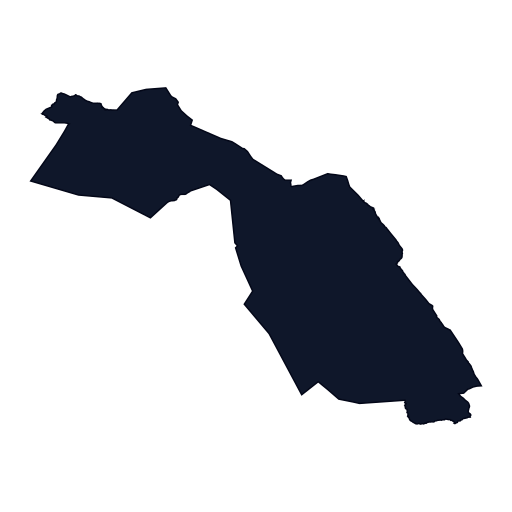 Stor-Elvdal nor, Hedmark, Norway
{"feature_id": "86288312B62333254933331", "entity_name": "Stor-Elvdal nor", "entity_type": "district", "adm_level": 2, "iso_a3": "NOR", "parent_name": "Norway", "parent_adm1": "Hedmark", "projection": "natural_earth1", "projection_center": [11.012, 61.582], "detail": "fine", "context": "isolated", "style": "filled", "palette": "ink", "viewbox_px": 512, "rotation_deg": 0, "n_neighbors": 0, "source": "geoboundaries", "source_scale": "gbopen_adm2", "svg_char_len": 5892}
<svg xmlns="http://www.w3.org/2000/svg" viewBox="0 0 512 512"><path d="M450.1,330.0L449.4,329.8L448.4,329.2L445.0,327.6L443.8,326.6L442.4,324.3L441.8,323.6L441.3,322.9L441.2,322.5L440.2,321.6L439.1,319.4L437.6,318.1L436.4,317.2L436.8,316.0L432.8,309.7L432.6,309.2L432.5,308.7L432.5,307.7L432.7,306.1L432.0,305.4L428.9,303.6L426.0,299.9L421.0,294.3L420.7,293.5L419.8,292.8L417.4,289.9L412.3,284.5L405.2,275.3L405.0,274.4L404.2,273.8L403.7,272.9L403.1,272.4L402.5,270.8L400.5,268.5L400.4,268.2L400.0,267.7L399.9,267.0L398.7,266.5L398.0,266.4L397.6,266.2L396.8,264.7L396.1,264.0L396.5,263.7L397.5,262.8L397.6,262.1L397.4,261.8L397.5,261.6L398.2,261.4L398.9,261.0L400.2,259.1L401.0,258.6L401.6,257.9L402.0,257.0L402.1,255.2L402.0,254.6L402.4,253.6L402.1,252.4L402.1,251.4L402.2,251.0L402.4,250.6L402.5,250.3L402.4,249.6L402.0,248.7L399.3,245.4L398.7,244.2L398.0,242.7L396.4,240.8L396.1,240.1L390.6,233.4L388.7,231.0L388.4,230.5L387.3,229.3L386.5,228.1L386.0,227.5L384.6,226.7L384.4,225.9L383.9,225.3L383.7,225.2L383.1,224.5L381.2,222.9L380.2,221.3L379.9,220.3L379.4,219.7L379.3,218.9L379.1,218.5L378.5,217.7L378.4,217.3L378.2,217.3L377.8,217.5L377.8,217.8L375.6,214.0L375.4,213.4L375.1,211.9L374.1,210.3L373.9,209.7L373.4,209.5L373.8,209.2L373.2,209.0L372.8,208.3L373.3,208.0L373.0,207.8L372.4,207.9L372.2,207.8L372.1,207.5L371.9,207.3L370.5,206.9L369.1,205.7L368.3,205.3L367.6,204.3L367.0,204.0L366.9,203.7L366.6,203.6L366.2,203.2L364.8,202.7L364.6,202.4L363.7,201.8L363.8,201.6L363.2,201.2L363.3,201.0L363.1,201.1L363.3,200.9L363.1,200.8L362.8,200.8L358.2,195.4L349.7,187.0L348.8,184.6L347.6,180.5L346.2,176.6L343.7,176.0L335.1,174.7L330.4,174.2L327.7,173.7L313.5,179.3L310.7,180.1L307.7,181.8L303.9,184.4L302.1,185.4L297.8,185.5L291.4,186.6L291.0,186.3L290.9,185.9L290.8,184.4L290.5,182.8L290.5,182.3L291.1,180.2L285.1,180.2L283.5,179.0L282.2,177.4L281.2,175.8L276.9,174.2L252.8,159.3L250.4,156.1L247.5,151.6L244.2,148.7L242.5,148.5L235.3,143.8L232.0,141.8L220.6,138.4L190.5,125.3L192.2,120.1L186.9,116.0L181.2,110.8L177.4,104.7L178.2,102.2L175.7,98.8L172.1,97.0L170.7,95.7L165.8,87.9L146.2,89.4L131.9,92.8L117.0,110.1L111.5,110.0L111.0,109.8L109.5,110.0L109.2,109.9L108.9,110.0L108.4,110.0L107.8,109.6L106.6,109.3L106.2,109.5L106.3,109.5L106.1,109.7L105.9,109.6L106.0,109.8L105.1,109.9L104.9,109.4L105.0,109.1L104.7,109.0L104.7,108.8L104.0,108.6L103.8,108.2L103.5,108.1L103.3,107.7L102.9,107.8L102.1,107.4L102.4,106.9L102.2,106.6L101.8,106.6L101.9,106.3L101.7,105.9L101.3,105.3L101.4,105.1L101.0,104.4L101.1,104.0L100.8,103.7L99.9,103.4L99.2,103.3L98.5,103.4L97.9,103.2L95.7,103.3L93.2,103.3L90.6,102.4L89.4,101.8L86.9,101.1L84.9,100.0L83.9,99.2L83.2,98.8L81.3,97.1L80.3,96.8L79.0,96.0L77.2,95.9L76.2,95.0L75.5,94.8L74.7,95.7L73.7,96.0L73.1,96.3L72.0,96.3L70.6,96.8L70.0,96.8L66.0,94.8L64.0,93.9L62.9,93.7L61.2,93.0L60.6,93.1L60.3,93.3L59.7,93.9L58.1,94.3L57.8,94.6L57.4,95.4L57.4,95.9L57.3,96.4L57.2,98.2L56.6,99.6L56.5,100.8L56.1,102.0L55.9,102.3L54.7,102.9L54.2,103.9L53.0,104.1L52.6,104.8L51.6,105.3L51.8,105.8L51.7,106.3L51.9,106.5L51.8,106.9L46.1,109.3L44.0,111.1L42.5,113.0L43.1,113.4L43.2,113.6L42.1,113.9L42.7,114.3L43.9,114.5L45.3,115.6L47.1,116.2L47.2,116.4L47.2,116.6L46.5,116.8L46.1,117.1L47.0,117.5L47.2,117.8L47.9,118.2L48.8,118.4L48.9,118.6L48.9,118.8L49.2,119.0L49.6,119.5L49.8,119.9L50.3,119.9L52.8,120.8L53.4,121.2L54.8,122.5L55.6,122.8L64.6,122.8L67.7,123.3L69.2,123.9L68.2,124.6L64.7,131.0L56.2,144.9L30.7,181.0L78.5,195.0L111.8,197.9L150.4,217.8L167.3,202.4L167.6,202.3L168.4,201.7L169.6,201.2L171.5,200.7L172.9,200.7L174.6,200.5L175.2,200.1L176.4,199.7L176.8,199.0L177.0,198.0L178.1,197.2L179.3,195.0L179.6,194.8L181.5,194.3L184.9,194.3L185.8,194.1L186.4,193.6L187.0,193.2L187.2,192.9L187.7,192.7L189.7,191.6L190.2,191.0L190.5,190.9L209.5,184.5L216.7,189.3L230.5,200.3L234.9,242.8L237.6,245.9L235.6,247.8L241.2,266.0L252.7,291.1L244.3,304.2L269.1,333.6L301.7,394.7L318.2,381.7L327.6,389.4L338.8,399.1L353.3,402.0L359.5,403.4L405.0,400.2L405.3,401.0L405.1,402.2L404.7,402.4L404.8,402.7L405.2,403.1L406.1,403.6L406.0,403.9L405.3,404.5L405.2,405.1L404.9,405.3L405.2,405.6L405.0,405.9L405.2,406.3L405.2,406.6L405.6,406.9L405.3,407.8L405.7,408.6L407.4,409.6L407.1,410.7L407.4,412.0L407.0,412.4L407.1,412.7L407.5,412.9L408.0,413.4L408.1,413.9L407.9,414.7L408.2,415.3L407.8,415.7L407.6,416.2L407.9,416.5L408.4,416.7L408.3,417.0L408.4,417.3L409.1,417.6L409.1,418.1L409.3,418.5L409.7,419.7L410.6,420.7L412.0,421.4L413.4,422.5L414.4,422.8L414.9,423.3L415.8,423.6L415.9,423.8L417.2,423.9L418.9,423.4L419.4,423.8L420.2,423.8L420.7,424.1L422.1,423.6L423.8,423.9L424.8,423.2L425.2,423.1L425.7,423.3L426.3,423.2L427.1,422.4L427.7,422.4L428.2,422.1L429.1,422.1L430.0,421.7L430.4,422.0L431.7,421.8L433.7,421.9L434.2,421.7L435.0,420.9L436.3,420.8L437.7,420.3L439.0,420.2L440.2,420.0L441.5,420.2L442.8,419.7L444.4,419.8L444.8,419.6L445.3,419.1L445.7,419.0L448.6,419.6L450.3,419.6L450.6,419.9L450.7,420.3L450.8,420.4L451.5,420.3L452.0,420.4L453.1,421.3L453.9,421.4L454.2,421.7L454.5,422.2L454.3,422.8L454.0,423.1L454.9,423.6L456.4,422.7L457.4,422.4L457.6,421.6L457.9,421.2L458.6,420.9L460.1,420.9L460.5,420.6L460.7,420.0L461.9,419.8L462.1,419.6L462.6,418.9L462.9,418.7L467.0,417.8L467.3,417.7L467.5,417.3L467.9,417.2L470.1,417.1L470.0,416.9L470.0,416.5L470.7,415.5L470.7,414.6L470.2,413.9L469.2,413.3L468.7,412.7L468.4,412.3L468.2,411.6L468.3,410.2L468.5,410.0L468.8,408.4L469.3,407.2L469.5,406.3L469.4,405.6L468.6,403.3L467.7,402.1L465.0,400.0L463.4,398.3L460.7,396.4L460.0,395.6L458.6,393.7L463.7,393.1L467.8,389.2L469.5,388.7L473.0,387.0L476.9,386.1L481.3,385.8L477.7,379.4L477.0,378.4L476.0,377.3L474.1,374.2L473.2,371.3L472.5,370.1L472.0,368.7L471.5,368.0L471.5,367.4L470.9,365.9L469.0,363.4L468.5,363.1L468.2,362.7L468.2,361.9L466.3,359.9L465.3,358.1L462.5,353.7L462.7,351.5L462.6,350.1L462.3,348.9L458.3,342.3L450.1,330.0Z" fill="#0f172a" stroke="#020617" stroke-width="1.5"/></svg>